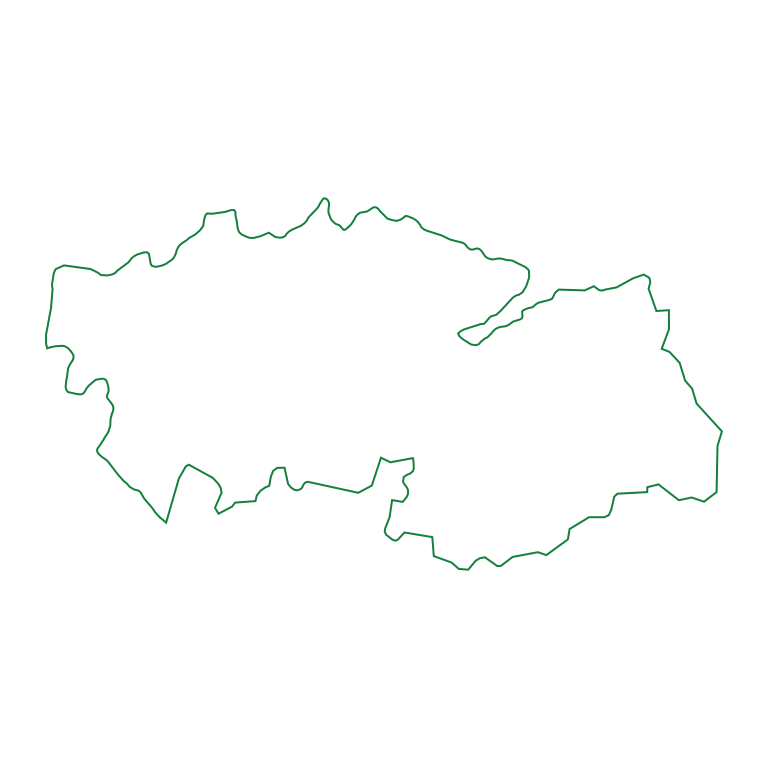 map outline of Toledo (Albers equal-area conic projection)
{"feature_id": "ESP-5848", "entity_name": "Toledo", "entity_type": "Autonomous Community", "adm_level": 1, "iso_a3": "ESP", "parent_name": "Spain", "parent_adm1": "", "projection": "albers", "projection_center": [-4.343, 39.785], "detail": "fine", "context": "isolated", "style": "outline", "palette": "green", "viewbox_px": 768, "rotation_deg": 0, "n_neighbors": 0, "source": "natural_earth", "source_scale": "10m", "svg_char_len": 4558}
<svg xmlns="http://www.w3.org/2000/svg" viewBox="0 0 768 768"><path d="M47.2,348.4L46.1,343.9L46.1,334.4L51.0,308.1L52.6,289.1L52.0,285.8L52.3,282.1L53.8,273.3L55.0,270.4L55.9,269.0L64.0,265.4L90.4,269.0L98.0,272.7L101.1,275.1L107.5,275.4L111.9,274.5L114.5,273.4L116.2,272.0L117.2,270.7L128.5,262.3L129.6,260.8L131.9,258.0L134.0,256.3L137.2,254.5L144.1,252.4L147.1,252.3L148.9,253.8L150.7,263.9L151.9,265.8L155.8,266.9L161.9,265.6L165.9,263.9L171.8,259.8L173.8,257.7L175.0,255.4L176.1,252.8L176.7,250.2L179.0,245.8L181.9,243.3L186.5,240.3L189.4,237.8L195.4,234.4L199.8,230.5L203.1,226.2L203.7,222.9L204.0,220.1L205.5,215.2L207.0,213.5L212.6,213.7L225.3,211.9L231.3,210.0L234.2,210.1L235.6,212.3L235.4,214.8L235.9,217.5L236.5,220.0L237.7,228.3L238.5,230.9L239.8,232.9L241.7,234.5L247.0,237.0L250.5,238.0L254.3,237.8L260.5,236.2L268.8,232.7L274.9,236.8L279.3,237.7L282.7,237.4L285.2,236.0L286.5,233.9L289.1,231.4L292.6,229.4L300.8,225.9L304.5,223.2L307.0,220.3L308.4,217.5L316.7,208.9L318.5,206.6L319.7,204.0L323.1,198.8L324.5,198.3L326.1,198.8L327.8,200.2L328.8,202.3L329.1,204.7L328.4,209.9L328.5,212.5L329.2,214.9L331.2,219.6L333.1,221.7L335.5,223.8L339.6,225.4L343.4,229.7L344.5,229.9L345.9,229.2L349.7,225.9L351.5,223.9L353.7,220.5L355.7,216.7L357.2,214.8L360.1,212.7L367.0,211.5L373.7,207.2L376.2,207.4L378.3,208.9L379.9,211.1L387.6,218.7L391.8,220.0L396.9,220.9L400.6,219.6L403.1,218.0L405.5,216.0L407.9,216.3L413.7,218.7L416.2,220.4L418.3,222.4L420.0,224.8L421.3,227.2L423.7,229.3L427.1,230.8L441.6,235.4L450.2,239.6L463.1,242.9L464.5,243.8L466.0,245.3L467.4,247.3L470.1,249.4L472.5,249.6L477.2,248.4L479.3,249.0L481.2,250.6L485.4,256.6L487.3,257.9L488.9,258.6L492.2,259.5L499.0,258.4L502.6,258.9L507.0,260.1L512.0,260.5L525.3,267.0L528.1,269.4L529.1,271.1L529.0,272.8L529.2,276.4L528.9,278.2L526.5,285.5L525.8,287.0L523.6,290.5L523.0,291.8L521.7,292.9L518.5,295.0L516.5,295.3L513.0,297.5L500.5,311.0L496.2,314.8L491.2,316.3L489.6,317.5L485.3,322.6L483.9,323.8L480.7,324.1L463.8,329.5L460.6,331.3L458.1,333.5L459.3,336.1L462.6,339.1L471.2,344.5L475.6,345.2L478.8,344.3L480.8,341.8L485.1,338.4L487.4,337.3L491.2,333.6L493.7,330.6L495.5,329.0L497.6,327.9L500.5,326.9L505.5,326.3L508.6,324.9L513.3,321.5L519.6,319.6L521.8,318.4L522.5,316.6L522.1,311.6L523.4,310.1L527.6,308.4L532.7,307.1L533.1,306.8L535.0,305.0L536.7,303.7L538.9,302.6L549.7,299.8L552.1,298.7L553.2,296.7L555.1,292.8L558.7,289.6L584.6,290.4L593.9,286.2L599.1,290.1L602.1,290.6L605.5,289.5L616.6,287.4L632.9,278.4L643.8,274.6L648.7,277.4L649.7,278.9L650.3,282.4L648.6,288.7L656.4,311.0L668.9,310.2L669.0,329.2L661.7,348.8L669.5,351.9L679.7,362.9L685.1,380.6L692.1,388.6L696.6,403.6L721.9,431.4L717.5,445.9L716.6,492.1L704.0,501.7L691.7,497.5L678.9,500.2L658.5,484.4L647.3,487.2L647.2,492.1L617.4,493.7L614.3,496.6L611.1,510.3L608.7,515.2L604.4,517.2L589.1,517.2L569.6,529.0L567.9,539.4L546.3,555.1L537.9,552.2L512.7,556.9L500.9,565.9L497.2,566.0L484.9,557.3L479.9,558.2L475.6,560.8L468.2,569.7L458.8,568.9L451.5,562.5L433.8,556.1L432.3,537.1L404.5,532.5L397.9,539.6L395.6,540.7L392.9,540.0L386.2,534.8L384.7,531.7L385.2,528.4L389.6,517.1L392.1,500.1L402.7,501.9L406.7,497.0L407.9,494.2L408.1,490.6L407.2,488.0L403.9,483.6L403.0,481.4L403.8,477.0L406.6,475.0L410.1,473.6L413.0,471.1L413.8,468.3L413.5,461.1L412.9,458.1L390.4,462.3L381.0,457.7L371.8,485.6L358.3,492.8L307.8,481.8L305.4,482.5L303.9,483.9L302.2,487.4L301.2,488.7L297.7,490.4L294.3,489.8L291.1,487.6L288.1,484.0L284.5,467.7L277.3,467.9L273.1,470.9L270.8,476.9L269.3,485.8L265.0,487.6L260.4,490.9L256.8,495.5L255.4,501.1L235.1,502.6L232.1,506.6L218.5,513.7L215.0,507.9L221.6,492.6L220.6,487.8L218.4,483.9L212.7,477.8L188.8,464.7L185.8,466.4L178.9,478.5L166.1,522.7L163.0,519.9L160.1,517.6L158.8,516.3L155.2,512.3L152.4,508.2L144.3,498.7L140.4,492.0L138.4,490.6L133.6,489.3L129.5,486.7L127.4,484.1L123.5,480.8L117.8,474.4L107.8,461.3L105.8,459.6L101.5,456.6L99.5,454.7L97.8,452.8L97.0,450.7L97.5,448.6L100.5,444.4L101.9,442.1L103.5,439.9L104.7,437.5L107.6,433.2L108.7,431.0L109.3,428.5L110.2,426.2L110.6,418.8L111.9,413.9L112.9,411.5L113.4,408.8L113.1,406.0L111.2,403.0L107.6,398.5L106.8,396.4L108.6,391.1L108.5,387.7L107.3,383.0L106.2,380.2L104.1,378.9L102.3,378.7L96.9,379.5L95.1,380.2L89.6,384.9L87.1,387.6L84.1,392.6L82.7,393.8L81.0,394.4L77.2,394.1L68.0,392.1L66.5,390.3L65.6,387.2L66.4,379.6L67.1,376.1L67.6,372.0L68.3,367.8L69.7,364.8L72.7,360.2L73.5,357.9L73.5,355.5L72.3,353.3L70.8,351.2L69.0,349.1L67.1,347.5L64.8,346.3L62.5,345.8L55.0,346.3L49.8,347.4L47.2,348.4Z" fill="none" stroke="#15803d" stroke-width="2"/></svg>